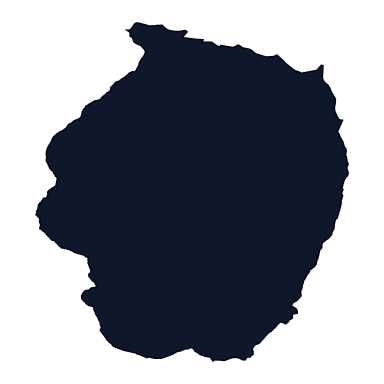 the district of Varsag, Harghita, Romania
{"feature_id": "2599482B23586841588479", "entity_name": "Varsag", "entity_type": "district", "adm_level": 2, "iso_a3": "ROU", "parent_name": "Romania", "parent_adm1": "Harghita", "projection": "natural_earth1", "projection_center": [25.349, 46.545], "detail": "fine", "context": "isolated", "style": "filled", "palette": "ink", "viewbox_px": 384, "rotation_deg": 0, "n_neighbors": 0, "source": "geoboundaries", "source_scale": "gbopen_adm2", "svg_char_len": 5809}
<svg xmlns="http://www.w3.org/2000/svg" viewBox="0 0 384 384"><path d="M245.1,359.9L247.4,356.6L249.7,357.3L250.5,356.3L253.1,354.2L253.0,351.4L252.1,348.9L254.7,345.1L256.4,344.2L258.9,343.4L263.9,337.9L267.7,333.4L271.1,331.2L275.3,327.1L277.5,324.4L279.4,322.7L280.9,321.8L284.0,322.9L285.6,323.9L288.5,321.5L289.4,319.7L292.1,318.3L292.5,317.4L292.1,316.6L292.5,314.6L293.2,313.9L297.1,313.3L297.3,311.8L296.5,309.3L293.3,306.9L291.0,306.8L292.2,304.0L292.6,303.1L294.2,301.9L296.3,301.0L299.4,297.9L301.0,295.8L300.6,291.6L300.7,290.7L301.8,288.6L302.2,285.4L303.3,282.3L303.2,281.7L303.5,280.9L305.1,278.4L307.2,274.5L307.2,274.1L308.3,273.3L309.2,271.9L309.5,270.3L314.7,266.3L316.2,263.8L316.4,261.7L317.6,258.7L318.9,253.9L319.2,251.7L320.1,249.4L321.5,248.2L321.8,246.9L321.5,245.4L322.1,244.1L322.0,243.5L322.6,242.6L325.6,240.1L329.0,237.8L331.6,234.5L332.0,232.3L332.6,230.8L333.5,229.5L334.0,228.1L334.2,224.7L335.1,220.3L335.6,219.3L337.1,218.1L337.6,217.0L337.5,215.7L338.1,214.9L338.6,213.5L338.5,212.4L339.6,210.1L340.0,207.5L340.4,206.8L341.1,203.5L341.1,200.5L342.6,195.8L342.5,195.2L341.6,194.2L341.5,193.9L341.9,192.3L342.9,189.6L342.3,188.6L342.2,187.8L341.7,187.3L342.5,186.3L342.9,184.1L343.5,182.7L343.6,181.8L344.4,179.6L346.0,176.9L347.7,175.7L347.6,174.8L348.1,173.3L347.7,170.8L346.7,168.4L347.4,165.6L348.0,164.9L348.0,163.8L348.0,163.3L346.9,161.6L346.9,159.6L346.5,158.8L346.4,157.0L345.6,155.2L346.1,150.3L345.9,149.0L344.9,147.8L344.1,146.2L343.6,145.0L343.2,142.5L340.3,137.5L339.4,135.0L338.6,133.4L337.4,131.9L342.5,120.3L339.2,119.8L337.8,117.8L336.7,115.7L334.7,111.1L334.6,110.3L334.4,108.0L334.6,106.1L335.2,103.5L335.4,99.3L335.0,98.2L331.1,91.7L330.1,88.8L329.2,87.2L327.6,84.9L324.5,82.4L323.9,81.6L322.7,79.0L322.2,76.7L322.4,76.6L323.0,65.8L321.4,65.2L316.8,70.4L301.3,73.3L299.1,72.0L294.7,70.6L292.2,68.7L284.9,62.8L283.3,60.8L276.9,55.0L273.5,56.6L266.0,57.0L255.6,53.8L250.4,49.5L242.7,47.9L239.6,45.7L237.7,45.1L235.5,46.6L232.9,47.5L220.8,45.5L220.8,47.0L217.4,46.2L211.5,42.2L201.8,42.2L202.6,41.2L203.1,39.8L196.4,39.4L182.2,37.6L187.1,31.8L185.3,30.5L179.2,31.5L175.4,31.5L170.6,30.8L167.3,29.9L164.7,27.8L161.9,25.1L159.5,25.6L157.6,25.3L154.8,26.0L153.1,25.8L150.2,26.0L148.0,25.8L146.4,25.1L138.4,23.1L136.6,23.0L134.8,23.8L130.9,29.4L128.9,30.2L127.0,30.2L129.1,31.5L130.2,32.7L130.1,36.3L131.9,37.0L132.5,37.6L133.9,41.7L134.4,42.3L137.6,44.1L141.0,45.4L143.0,48.0L144.5,49.2L145.4,51.6L145.5,52.6L143.6,56.6L141.5,59.0L141.3,59.7L140.6,60.6L139.2,63.3L139.0,65.2L136.5,69.7L136.5,70.4L136.2,70.4L135.5,71.4L134.7,71.9L132.4,71.6L131.8,72.1L129.7,72.9L126.9,75.4L126.6,76.0L126.0,76.2L126.0,76.5L125.6,76.5L124.6,77.6L124.2,77.7L121.8,79.0L121.6,79.4L120.6,80.1L120.3,80.1L119.4,81.2L116.5,81.9L115.1,82.9L114.2,84.0L114.2,84.7L113.3,85.1L113.2,85.6L112.3,86.0L111.9,86.6L111.5,86.7L110.8,87.3L111.2,87.7L111.1,88.5L110.6,89.0L110.5,90.2L109.9,91.2L109.0,91.9L107.1,92.8L104.9,95.2L103.0,96.4L101.1,98.4L100.8,99.1L99.2,100.0L97.0,100.6L94.6,101.0L89.6,104.0L89.3,104.0L87.3,105.6L86.5,105.8L85.8,106.3L85.5,106.8L85.1,108.1L83.8,109.2L83.5,110.0L82.6,111.1L81.5,116.0L80.5,117.6L79.0,118.9L74.1,120.8L71.7,123.1L68.6,124.5L67.9,125.3L67.5,126.5L65.7,128.5L62.4,130.8L59.4,132.1L58.0,133.5L56.9,133.7L55.8,135.1L53.8,136.7L52.6,138.4L51.5,141.3L48.8,145.7L47.5,148.3L46.5,151.4L46.3,154.9L46.8,156.7L46.8,157.7L46.4,158.8L46.4,161.0L48.7,165.4L49.8,168.2L51.6,170.3L53.0,171.0L53.0,171.3L53.6,171.9L53.7,173.1L54.0,173.7L55.1,174.0L55.3,174.4L55.1,175.0L55.3,175.9L55.5,176.2L56.5,176.4L57.1,177.5L57.1,178.4L57.4,179.0L57.0,180.6L56.6,181.3L56.8,181.6L56.9,182.3L56.5,183.0L56.4,183.8L56.1,184.2L56.4,184.6L56.3,185.3L55.2,186.4L54.2,186.9L54.0,187.5L51.8,188.2L50.2,189.9L48.9,190.4L47.9,191.8L48.1,192.1L47.7,192.4L47.7,192.9L48.1,194.0L47.8,194.5L47.8,195.4L47.4,195.8L47.2,196.4L47.4,196.7L46.5,197.9L45.1,198.3L44.0,198.1L43.3,198.6L43.4,199.1L42.8,200.0L42.1,200.4L41.7,201.5L39.8,203.1L38.3,205.5L38.6,206.6L38.0,207.6L38.0,208.5L37.8,209.4L36.9,210.8L36.6,211.9L37.1,212.7L37.0,213.3L35.9,214.6L39.2,217.7L40.1,219.7L39.8,220.1L39.5,221.6L39.8,222.3L40.4,222.4L40.1,223.5L40.7,224.6L40.5,226.1L39.9,227.5L39.9,228.5L40.1,229.0L41.8,229.5L43.0,231.0L45.1,232.3L45.7,233.3L48.0,236.0L48.7,236.5L51.8,240.0L52.6,240.3L53.8,240.2L54.9,241.0L55.5,241.7L55.9,242.5L56.9,243.1L59.2,245.9L60.1,246.7L61.0,247.0L61.7,248.0L63.4,247.9L64.6,248.7L65.1,248.4L66.0,248.4L67.6,249.3L68.5,248.9L70.2,250.1L73.1,251.1L73.9,252.1L79.0,253.8L80.4,253.8L80.8,254.2L84.1,255.1L85.7,256.7L87.6,257.1L88.3,257.9L88.0,259.9L88.1,260.6L88.7,261.1L88.2,262.3L88.1,263.2L89.4,265.8L89.3,266.1L89.8,267.8L90.3,268.0L90.5,269.3L91.2,270.3L90.3,273.0L88.8,274.2L88.9,276.1L92.4,280.8L94.5,282.0L95.2,283.0L95.3,284.0L95.7,284.5L96.9,285.2L96.7,285.9L95.3,287.5L91.7,287.9L90.2,288.9L89.7,289.6L88.5,290.3L86.1,290.4L84.5,291.3L83.2,292.9L81.8,295.4L81.6,296.6L81.9,298.9L83.9,301.1L84.9,301.7L85.6,302.5L86.2,303.7L87.9,304.7L89.2,304.7L89.8,305.3L89.4,305.6L93.0,306.4L93.8,307.6L94.1,310.0L96.4,315.3L97.6,316.8L98.4,318.6L98.7,319.7L100.0,322.0L100.7,325.8L101.7,327.0L100.3,330.4L106.3,338.4L106.7,339.6L108.4,340.9L109.4,342.3L111.3,343.4L112.8,345.7L113.4,346.1L116.0,347.4L121.2,349.2L123.2,350.1L136.2,353.0L137.3,354.0L139.6,354.4L141.5,355.4L147.4,357.7L148.5,356.6L150.5,357.4L154.4,358.2L157.0,358.3L158.4,358.0L160.5,358.3L161.7,358.1L172.0,354.4L177.0,351.6L179.0,351.1L180.1,350.5L180.4,351.0L182.8,349.8L185.0,349.0L188.8,348.6L189.7,347.8L190.4,347.4L193.7,348.6L195.1,351.3L197.3,352.3L198.9,353.4L199.8,354.4L206.2,356.5L208.2,356.7L211.5,357.5L211.2,358.4L212.9,361.0L213.9,360.4L214.2,359.9L218.7,359.9L224.3,360.5L231.9,357.6L235.6,357.4L237.6,357.5L240.9,358.7L241.9,359.6L245.1,359.9Z" fill="#0f172a" stroke="#020617" stroke-width="1.5"/></svg>